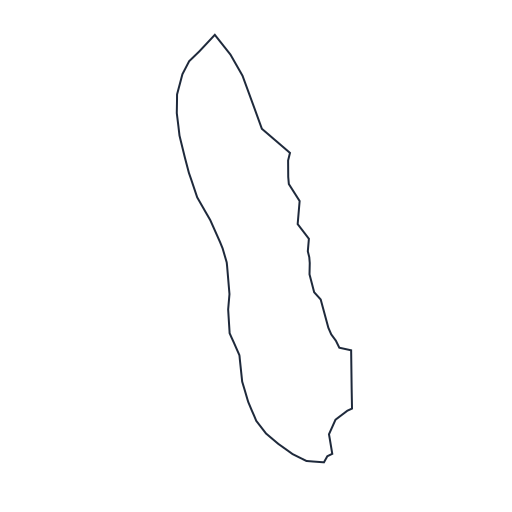 Omumma, Rivers, Nigeria, rotated 151°
{"feature_id": "59680162B88302028338466", "entity_name": "Omumma", "entity_type": "district", "adm_level": 2, "iso_a3": "NGA", "parent_name": "Nigeria", "parent_adm1": "Rivers", "projection": "natural_earth1", "projection_center": [7.241, 5.083], "detail": "fine", "context": "isolated", "style": "outline", "palette": "slate", "viewbox_px": 512, "rotation_deg": 151, "n_neighbors": 0, "source": "geoboundaries", "source_scale": "gbopen_adm2", "svg_char_len": 1099}
<svg xmlns="http://www.w3.org/2000/svg" viewBox="0 0 512 512"><g transform="rotate(151 256 256)"><path d="M184.8,469.4L206.5,462.4L220.0,458.8L232.2,450.7L239.1,443.5L242.1,440.4L246.7,435.6L250.1,429.6L256.0,419.4L261.0,407.0L264.5,398.5L265.5,394.9L270.4,376.9L274.4,361.2L275.5,354.8L279.0,335.8L278.8,320.3L278.6,309.6L280.7,285.6L281.5,278.9L284.7,264.7L285.1,263.7L286.3,260.9L297.7,235.5L306.3,222.7L315.0,204.4L315.7,202.9L316.5,201.3L316.9,196.9L317.3,191.6L318.6,177.4L319.0,176.3L320.1,173.8L329.0,152.8L331.0,143.6L331.9,139.6L333.1,134.3L333.6,131.8L334.6,122.6L335.1,117.0L335.7,111.7L333.3,95.9L327.6,80.9L320.5,66.0L320.1,65.1L311.3,52.3L305.9,48.7L296.6,42.6L290.7,46.3L285.2,46.0L280.2,60.1L278.6,64.7L265.8,74.3L251.1,76.4L246.0,76.0L236.5,93.9L218.5,127.4L227.6,135.4L227.2,143.1L228.2,151.0L227.5,158.2L220.5,186.6L222.7,196.1L218.1,214.0L212.4,223.8L210.0,229.1L208.4,235.0L201.4,245.4L204.1,263.7L191.2,282.9L192.4,303.0L189.5,309.5L181.6,324.0L176.3,329.7L189.2,364.4L185.8,385.6L180.4,420.2L180.7,444.5L184.8,469.4Z" fill="none" stroke="#1e293b" stroke-width="2"/></g></svg>